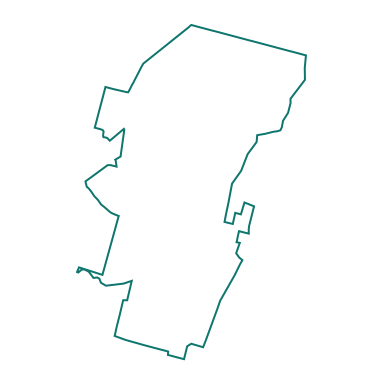 San Juan Chilateca, Oaxaca, Mexico (orthographic projection), rotated 269°
{"feature_id": "50627088B51184351888865", "entity_name": "San Juan Chilateca", "entity_type": "district", "adm_level": 2, "iso_a3": "MEX", "parent_name": "Mexico", "parent_adm1": "Oaxaca", "projection": "orthographic", "projection_center": [-96.673, 16.828], "detail": "fine", "context": "isolated", "style": "outline", "palette": "teal", "viewbox_px": 384, "rotation_deg": 269, "n_neighbors": 0, "source": "geoboundaries", "source_scale": "gbopen_adm2", "svg_char_len": 1868}
<svg xmlns="http://www.w3.org/2000/svg" viewBox="0 0 384 384"><g transform="rotate(269 192 192)"><path d="M118.6,77.7L114.0,75.7L113.5,76.9L116.0,79.9L116.7,82.3L115.0,85.9L113.9,87.6L107.8,92.0L108.2,95.7L106.9,97.9L102.8,99.4L99.8,104.4L100.2,108.1L100.5,111.2L101.6,121.9L104.2,130.2L84.9,125.3L85.0,121.3L69.7,117.4L59.1,114.5L49.4,112.2L45.2,123.1L39.5,142.2L32.9,165.4L29.5,165.1L25.0,181.1L37.8,184.5L40.3,188.6L36.6,200.4L43.9,203.4L76.0,215.8L82.7,218.2L108.4,233.4L118.8,238.7L123.0,241.2L125.6,238.1L130.0,235.1L140.3,238.9L141.0,235.7L148.7,237.5L152.0,238.3L149.4,248.0L154.1,248.1L156.8,248.5L157.4,248.6L163.3,250.2L176.6,253.8L180.6,244.3L168.8,240.5L170.4,234.9L159.3,232.2L161.5,224.0L164.3,224.6L168.2,225.4L180.0,228.1L199.7,232.2L212.3,241.5L228.9,248.3L240.9,257.5L247.7,258.2L248.9,266.2L250.8,274.3L251.3,278.6L252.2,281.5L255.3,283.0L257.9,283.5L261.7,284.3L269.4,289.4L279.2,292.1L283.5,292.1L302.2,306.9L313.9,306.9L326.6,308.3L359.0,194.1L356.5,191.2L321.2,145.5L316.3,142.7L311.5,140.2L305.3,136.8L302.1,135.2L300.7,134.2L300.1,133.9L298.0,132.8L297.6,132.6L297.0,132.3L294.8,131.1L292.8,129.9L293.0,128.4L293.1,128.1L293.3,127.1L296.3,115.1L298.5,107.3L297.0,106.9L258.0,95.9L256.3,101.9L255.4,103.9L254.3,104.5L253.9,104.7L251.8,104.3L249.4,104.1L248.3,104.5L248.1,106.4L247.4,108.3L244.7,110.7L256.3,125.0L255.5,125.4L228.7,121.2L227.1,118.4L225.7,116.0L225.6,115.8L224.6,116.3L218.7,117.0L220.3,111.0L220.3,110.8L220.3,109.5L220.3,108.1L204.5,85.7L203.6,85.8L199.0,86.9L197.5,88.7L194.0,91.4L189.6,94.2L185.7,97.8L182.7,99.8L181.0,101.0L178.3,104.3L174.8,108.1L172.8,110.5L171.7,112.6L171.6,112.9L171.4,113.3L171.3,113.6L171.1,114.0L170.9,114.4L170.7,114.8L170.6,115.2L170.3,115.7L170.2,116.1L170.0,116.5L169.9,116.9L169.6,117.4L169.5,117.8L169.3,118.3L110.7,101.0L118.6,77.7Z" fill="none" stroke="#0f766e" stroke-width="2"/></g></svg>